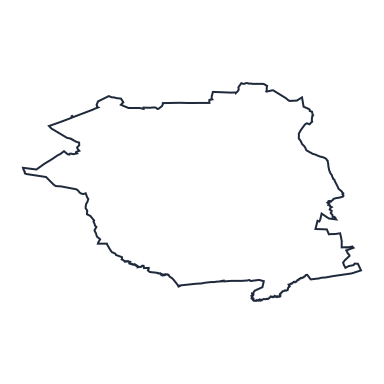 the district of Vecpils pag., Durbes, Latvia
{"feature_id": "27541924B81448674487737", "entity_name": "Vecpils pag.", "entity_type": "district", "adm_level": 2, "iso_a3": "LVA", "parent_name": "Latvia", "parent_adm1": "Durbes", "projection": "natural_earth1", "projection_center": [21.536, 56.615], "detail": "fine", "context": "isolated", "style": "outline", "palette": "slate", "viewbox_px": 384, "rotation_deg": 0, "n_neighbors": 0, "source": "geoboundaries", "source_scale": "gbopen_adm2", "svg_char_len": 6009}
<svg xmlns="http://www.w3.org/2000/svg" viewBox="0 0 384 384"><path d="M278.0,296.8L279.1,296.8L280.3,296.4L280.4,294.6L279.9,294.8L279.8,294.2L281.5,292.5L282.0,292.3L282.5,291.3L283.6,291.2L285.1,290.3L285.9,290.7L286.5,290.6L287.8,289.8L287.7,289.1L288.0,288.7L288.1,287.9L288.6,287.2L289.1,287.0L289.0,286.5L289.7,286.1L288.7,284.6L291.7,283.7L291.6,283.3L292.4,283.1L293.5,282.1L294.5,282.2L294.4,281.8L296.4,281.7L297.2,280.4L298.2,280.0L298.0,279.8L299.7,278.7L300.7,278.5L300.9,278.0L300.7,278.0L301.0,277.8L302.3,278.0L303.1,277.3L303.6,277.3L304.1,276.6L304.9,276.4L305.7,275.1L307.2,274.8L310.7,279.4L319.1,278.4L321.5,277.7L325.4,277.5L332.5,276.2L351.7,273.4L361.0,270.4L357.9,263.8L354.6,263.6L353.6,265.1L348.7,266.1L345.4,267.8L344.3,265.6L344.0,265.3L343.1,262.6L344.9,260.2L349.5,255.9L349.3,254.9L348.0,253.7L346.3,250.4L353.5,247.8L352.3,246.5L350.3,247.0L346.5,247.5L346.5,247.2L341.7,247.4L341.7,242.0L341.8,241.7L341.0,237.0L340.1,233.3L335.4,234.0L330.9,234.1L328.9,234.3L326.8,229.4L315.5,229.0L317.5,220.8L319.3,221.5L320.3,219.4L321.6,213.6L328.9,218.5L336.1,219.4L335.5,218.6L335.4,217.8L334.2,216.8L332.7,217.0L332.4,214.9L331.2,213.7L330.7,212.8L331.6,211.7L331.7,210.8L329.7,209.6L330.5,207.8L331.7,207.1L330.6,206.4L330.4,206.7L330.1,206.0L329.7,205.8L329.8,205.3L329.3,205.0L328.4,204.9L328.7,204.3L328.4,204.1L328.4,203.9L329.0,203.3L328.5,203.1L328.8,202.8L327.7,202.5L328.3,202.0L328.3,201.3L328.5,201.1L329.5,201.0L330.8,201.4L330.8,201.0L331.6,200.8L332.6,200.1L333.7,198.8L336.6,198.0L339.6,197.6L343.1,196.5L343.5,195.6L342.5,194.3L343.3,193.6L343.3,193.3L342.2,192.5L342.0,191.7L338.5,188.7L337.5,186.3L334.7,180.9L334.4,179.7L333.0,178.7L332.9,177.9L332.3,176.8L331.8,175.1L330.5,173.4L329.3,170.6L328.4,166.4L328.1,163.0L327.5,161.0L327.6,160.6L327.1,160.3L326.2,158.9L325.2,158.2L322.4,157.0L320.5,156.7L317.5,155.6L315.8,154.7L312.5,153.8L310.8,152.6L309.9,152.4L308.5,151.4L307.2,150.8L306.3,150.1L305.2,147.6L304.2,146.1L302.2,144.2L300.3,140.3L299.1,139.0L298.8,138.3L298.9,133.5L300.8,130.1L304.7,124.8L305.4,124.1L306.9,123.3L309.6,124.3L311.3,122.3L312.2,121.7L311.8,120.1L312.1,116.9L312.8,115.7L312.4,115.7L312.6,114.4L312.0,111.7L309.8,111.0L309.6,109.5L309.1,109.1L303.6,106.7L302.0,97.4L296.8,100.6L289.4,100.9L287.7,99.8L286.1,98.3L273.1,90.3L272.0,90.4L266.5,91.6L266.3,91.5L266.6,91.1L266.8,87.2L267.1,85.9L264.0,84.1L262.9,83.9L252.3,83.9L251.0,83.5L249.1,83.7L247.7,83.1L245.7,83.2L244.7,83.7L243.4,83.9L241.3,83.2L238.4,87.3L238.7,89.2L238.5,90.0L237.8,91.1L236.0,93.0L235.9,92.5L230.5,92.6L212.9,91.9L211.8,96.1L211.6,98.3L212.3,99.4L209.4,99.9L209.3,102.3L209.4,102.9L188.8,103.0L179.6,102.8L162.8,103.1L162.8,104.3L162.0,106.1L158.5,108.8L157.5,109.0L155.9,107.7L154.1,107.4L149.6,107.8L143.5,107.6L143.6,108.9L139.7,108.0L128.5,108.0L120.9,104.8L123.3,102.3L121.0,98.6L116.3,98.1L114.6,97.5L111.8,97.3L108.8,96.1L98.0,101.4L96.6,104.9L97.0,105.6L97.0,106.7L98.2,107.4L94.0,109.0L93.5,109.4L73.2,117.1L72.1,115.9L71.6,116.2L71.6,117.8L59.6,122.3L49.0,126.0L51.5,128.6L67.1,137.9L70.8,138.6L72.2,139.4L72.0,139.5L76.3,141.8L79.1,142.6L79.2,145.4L77.3,147.1L77.1,147.6L77.8,149.2L79.3,150.8L76.2,151.9L76.0,152.5L77.0,153.4L73.4,154.2L70.9,153.6L69.7,153.8L69.5,154.5L69.1,154.5L67.7,154.3L64.0,151.2L59.9,154.3L58.3,154.9L51.8,159.3L44.2,163.9L36.4,169.5L23.0,167.8L23.6,169.8L24.1,170.4L24.2,171.1L24.8,171.7L24.8,173.3L25.5,173.7L26.9,174.1L46.0,177.0L53.3,184.3L54.8,185.5L56.0,186.1L61.1,186.4L76.3,189.3L77.9,190.4L79.6,192.5L80.7,193.3L83.2,194.1L85.7,193.3L87.1,197.2L88.3,199.1L87.2,202.4L86.3,203.5L85.6,206.9L85.7,208.3L87.2,210.6L87.0,214.3L90.3,215.9L94.1,220.5L93.5,221.6L94.6,224.0L95.0,225.6L96.4,227.0L95.1,229.2L94.5,230.6L96.0,233.4L96.7,236.0L97.2,236.9L99.7,238.8L100.1,239.3L98.3,242.4L97.9,243.7L106.9,243.7L107.0,244.2L109.5,248.7L111.8,252.1L114.7,253.3L115.8,254.3L116.0,255.0L121.9,257.1L122.1,259.2L121.9,259.4L124.3,260.8L124.7,261.7L125.2,261.7L126.0,261.2L126.2,261.5L126.9,261.6L127.7,261.1L128.3,261.2L128.6,261.7L129.8,261.8L129.3,262.4L129.6,263.2L129.9,263.3L129.7,263.5L130.1,263.6L130.3,263.9L130.7,264.0L130.8,263.7L131.0,263.6L131.3,264.0L131.8,263.9L132.3,264.5L132.6,264.5L132.6,264.3L132.8,264.2L133.4,264.7L134.1,264.9L134.4,264.4L134.7,264.7L135.4,264.5L136.0,265.0L135.8,265.1L136.0,265.7L136.7,265.9L136.8,266.3L137.2,266.5L137.7,266.1L138.2,266.7L138.0,267.2L138.5,267.1L138.6,266.9L139.1,267.1L139.6,266.9L140.9,266.9L141.6,266.5L141.9,266.3L141.7,266.2L141.9,265.9L142.2,265.7L143.6,265.8L144.0,268.1L148.7,267.9L148.8,268.4L147.9,270.4L149.8,272.0L157.2,272.8L157.7,273.3L158.3,273.1L159.2,273.6L160.1,273.2L161.1,273.8L161.0,274.4L162.0,274.4L161.9,275.1L162.6,275.0L162.8,275.4L163.0,275.3L163.0,275.0L163.6,275.2L163.9,274.8L164.3,275.3L164.7,275.2L164.6,274.7L165.2,274.2L166.7,274.6L167.0,274.3L167.7,274.4L168.1,274.9L168.6,274.9L169.4,276.4L172.4,278.5L173.6,279.8L177.8,285.1L178.5,286.6L179.6,286.2L179.4,285.6L181.3,285.3L196.5,283.7L200.9,283.5L205.4,282.7L211.7,282.0L213.8,282.1L216.4,281.7L222.0,281.3L221.8,280.9L224.0,280.6L224.3,281.4L231.0,280.9L241.2,280.9L247.3,280.5L249.3,280.0L250.7,281.0L259.1,279.9L263.8,281.2L262.4,287.2L255.3,290.4L254.4,291.1L253.7,292.1L253.3,293.5L252.0,293.4L252.0,293.7L252.3,294.1L253.4,294.7L253.2,295.3L252.0,295.5L251.6,295.8L252.3,296.2L251.8,296.8L251.8,297.2L252.8,298.0L251.7,298.3L251.6,298.5L253.0,299.4L252.9,299.8L253.4,300.4L253.9,300.2L254.3,300.3L254.3,300.7L255.2,300.6L255.6,300.9L256.3,300.8L256.7,300.2L257.3,300.6L257.7,300.4L258.0,300.5L258.2,300.2L258.8,300.6L259.1,300.4L258.8,300.1L259.8,299.8L259.6,299.5L259.8,299.4L260.2,300.0L260.0,300.3L260.4,300.7L261.3,300.4L261.2,300.1L260.8,299.9L262.4,299.7L263.6,299.0L265.4,299.2L267.3,298.8L267.7,299.1L269.3,298.1L269.6,297.4L271.1,296.9L271.8,297.0L271.6,296.6L273.2,296.9L273.2,296.7L274.6,296.6L274.4,296.4L274.5,296.2L274.9,296.7L276.1,296.5L275.8,296.8L276.7,297.0L277.0,297.1L277.4,296.8L277.2,296.6L278.0,296.8Z" fill="none" stroke="#1e293b" stroke-width="2"/></svg>